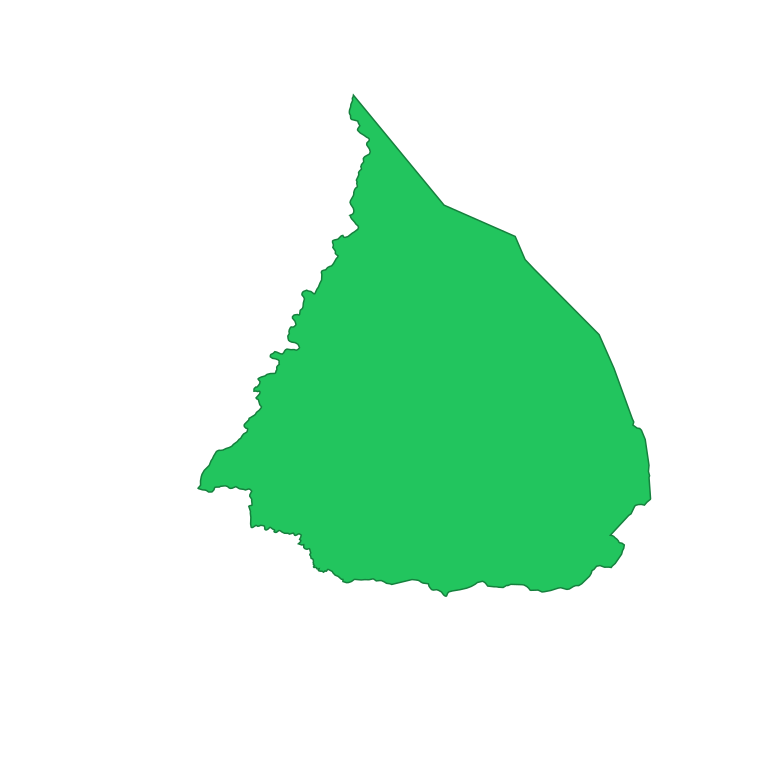 the district of Samlout, Batdâmbâng, Cambodia, rotated 62°
{"feature_id": "14789045B92123585900172", "entity_name": "Samlout", "entity_type": "district", "adm_level": 2, "iso_a3": "KHM", "parent_name": "Cambodia", "parent_adm1": "Batdâmbâng", "projection": "natural_earth1", "projection_center": [102.824, 12.565], "detail": "fine", "context": "isolated", "style": "filled", "palette": "green", "viewbox_px": 768, "rotation_deg": 62, "n_neighbors": 0, "source": "geoboundaries", "source_scale": "gbopen_adm2", "svg_char_len": 6170}
<svg xmlns="http://www.w3.org/2000/svg" viewBox="0 0 768 768"><g transform="rotate(62 384 384)"><path d="M315.3,198.9L254.3,247.0L114.6,275.4L115.9,276.4L116.8,277.8L119.0,278.7L121.5,281.9L123.8,283.5L125.9,285.8L127.7,287.0L129.0,287.5L131.3,287.5L132.3,288.1L133.9,288.7L135.1,288.5L139.5,283.7L141.3,284.1L144.7,284.1L146.1,287.0L147.2,288.1L148.4,288.0L151.3,287.1L154.8,285.0L157.9,283.5L159.6,282.3L160.6,282.1L161.4,282.3L162.2,282.9L163.0,285.7L164.1,286.7L165.1,287.0L169.5,286.5L172.5,287.1L174.1,288.9L174.2,294.0L174.5,295.1L175.2,296.4L178.4,297.7L179.7,300.9L180.7,301.7L181.0,302.3L183.7,303.0L184.4,305.5L185.1,306.9L185.5,307.3L187.0,307.8L188.1,308.8L191.0,312.7L193.1,312.9L193.8,313.8L197.0,314.7L197.6,315.6L197.6,316.4L197.9,317.5L198.9,319.0L200.7,320.8L201.9,321.4L203.2,322.5L206.4,327.5L207.7,328.7L209.8,329.0L214.5,328.6L217.0,329.3L218.5,330.5L219.1,331.5L219.3,332.5L219.1,334.9L219.7,334.6L220.4,335.1L222.8,335.1L227.5,333.9L229.3,333.8L232.4,332.7L233.7,333.0L235.0,334.3L235.8,339.0L235.9,341.3L236.9,346.6L236.3,349.6L235.4,350.6L233.5,350.6L233.2,351.8L233.2,352.5L234.4,356.3L234.4,357.1L233.6,360.0L233.4,361.5L233.6,362.3L235.0,363.0L236.8,363.2L238.1,363.8L239.4,365.1L243.8,364.5L246.0,365.7L247.6,365.2L249.2,364.4L250.2,365.2L250.9,367.3L253.9,372.0L255.1,374.8L254.7,376.9L254.7,379.2L255.8,381.8L255.1,384.4L255.1,386.0L256.0,386.9L258.2,387.5L262.9,390.3L264.8,393.1L267.7,396.5L268.8,398.7L271.8,402.7L271.5,403.5L268.0,405.1L266.3,407.2L264.9,408.2L264.5,411.5L264.7,412.6L265.4,413.7L266.5,414.5L267.1,414.6L269.4,414.1L271.5,414.3L274.6,417.2L277.6,419.1L278.6,420.1L279.1,421.0L279.6,423.4L282.9,425.8L283.2,426.8L282.0,427.8L281.1,430.2L280.9,431.4L281.7,433.3L283.0,433.9L286.8,433.1L290.2,433.8L290.7,434.6L291.2,436.7L291.0,437.7L290.1,439.1L290.1,439.9L291.7,442.2L293.1,443.3L295.0,443.9L296.5,446.4L298.7,447.3L300.6,447.7L302.1,447.1L303.7,445.8L305.8,443.0L308.5,441.3L311.9,441.4L312.4,441.7L313.1,443.6L313.0,445.6L311.4,447.2L310.0,450.1L307.6,453.3L307.6,454.9L308.3,456.5L309.3,457.8L309.8,459.7L308.7,461.2L305.5,463.7L304.2,465.2L304.9,467.3L304.8,470.0L305.4,470.9L306.6,471.6L309.0,470.4L310.8,468.0L313.0,466.1L314.0,465.8L314.7,465.9L316.2,466.9L317.5,467.2L317.8,468.9L318.3,470.2L318.9,470.9L321.1,471.9L321.5,472.8L323.3,474.6L323.3,475.6L321.4,479.5L320.6,482.7L321.0,485.4L320.2,489.1L320.1,491.5L320.3,492.7L320.8,492.9L323.7,492.3L325.5,493.8L326.9,496.9L327.0,497.8L326.5,498.6L327.0,500.6L327.5,501.2L329.3,502.2L330.2,500.2L331.2,499.4L331.9,497.3L332.9,497.2L334.3,498.4L336.2,503.5L337.3,503.4L338.4,502.4L339.4,502.4L344.0,503.4L346.6,502.9L347.3,503.6L348.5,506.2L349.2,509.9L350.4,511.8L350.7,513.1L351.0,519.2L352.3,520.4L353.9,525.6L354.6,526.8L356.1,527.3L358.3,526.6L359.0,525.7L359.6,525.4L361.7,527.1L362.1,528.1L362.2,531.4L363.1,533.5L364.7,536.1L364.8,537.8L366.0,540.8L366.6,545.3L367.4,547.3L367.5,548.8L367.4,550.6L366.8,553.8L366.7,557.2L366.0,559.2L365.1,560.7L364.9,561.7L364.9,563.6L367.7,568.3L369.5,570.6L370.5,572.6L373.8,576.5L375.9,583.3L378.3,587.1L380.1,588.9L383.4,591.5L387.3,593.5L388.7,597.1L389.3,596.9L392.1,594.1L393.8,591.6L394.8,590.7L397.0,589.6L398.3,587.1L398.5,586.3L397.5,583.6L397.0,583.4L395.9,581.9L396.0,581.1L397.7,577.7L397.6,576.4L399.4,571.9L401.0,570.3L403.1,569.5L404.0,568.7L404.7,567.1L405.1,562.9L408.5,560.9L409.3,560.0L411.1,557.4L412.5,556.1L413.2,552.6L414.3,551.6L416.5,551.1L418.8,554.4L420.0,555.2L423.7,554.9L424.8,555.6L427.9,556.8L429.0,557.5L428.9,558.4L428.5,559.2L428.5,560.8L433.8,561.7L435.4,562.7L439.3,564.2L445.0,567.5L448.0,568.5L448.7,568.1L449.0,567.3L448.7,563.3L450.4,562.2L450.9,560.4L450.7,559.6L451.5,558.3L452.8,556.6L453.9,556.5L455.5,556.9L455.9,557.4L456.9,557.2L457.5,556.7L457.7,556.0L457.7,554.6L457.0,552.1L457.3,551.6L460.2,550.2L461.3,549.2L462.0,549.4L462.6,550.3L463.2,550.3L464.0,549.6L464.5,548.5L464.0,545.6L464.8,544.5L466.8,543.6L469.1,541.9L470.8,538.8L472.1,538.0L472.9,534.6L473.3,533.9L475.5,533.9L476.1,533.4L476.3,531.9L476.2,529.8L476.6,529.0L478.6,528.0L480.3,529.6L481.6,531.5L483.0,530.8L484.2,531.9L484.9,534.6L487.6,532.1L488.1,530.3L490.8,531.6L492.5,531.0L493.8,529.6L494.2,527.4L494.8,527.1L498.8,528.0L499.6,529.4L500.1,529.7L501.3,529.5L503.8,530.2L504.8,529.2L505.7,529.0L507.4,529.5L508.6,530.5L510.0,530.6L510.3,531.1L511.8,530.7L512.4,532.1L513.0,532.0L514.4,529.8L515.6,530.0L516.2,529.5L516.6,528.0L517.8,529.4L518.4,529.2L519.3,528.2L520.2,526.6L521.8,525.7L521.3,523.7L522.1,523.2L522.2,522.6L521.3,520.9L521.7,520.1L525.2,517.7L526.8,517.7L529.8,516.9L532.3,514.8L536.4,513.3L537.3,512.0L539.1,513.0L541.8,510.4L542.6,508.7L543.0,506.4L543.1,505.2L542.6,502.2L542.8,501.5L546.3,496.1L547.7,492.8L549.8,489.1L550.8,485.5L551.3,484.7L554.2,483.3L555.6,479.9L556.4,478.5L559.1,476.5L561.1,475.4L563.3,472.4L564.6,471.3L569.8,451.1L571.8,448.1L573.3,446.1L574.5,445.1L576.5,444.2L578.1,443.0L581.2,438.6L583.8,439.2L586.8,438.8L588.1,438.3L589.1,437.2L590.3,434.1L591.8,432.7L594.6,430.9L598.1,430.4L599.5,429.8L600.5,428.9L600.4,428.1L598.7,426.2L598.0,424.3L598.8,420.8L601.3,413.4L603.1,406.7L603.7,401.9L603.6,397.6L603.1,394.8L604.4,389.7L605.3,388.9L607.3,387.9L611.1,387.3L614.6,382.2L616.0,379.7L617.3,378.1L619.6,374.3L619.4,370.4L619.6,369.8L620.1,369.4L620.4,366.1L626.0,356.3L627.1,354.8L629.8,353.0L632.2,352.1L634.5,351.8L635.1,351.2L638.3,344.7L641.8,342.1L642.7,339.9L644.6,333.7L646.0,326.0L646.8,323.6L650.9,319.3L651.3,318.7L652.0,316.6L651.7,311.9L652.0,309.4L653.4,306.7L653.2,303.2L650.2,292.8L648.6,290.1L646.4,287.9L646.3,285.7L644.7,281.9L645.7,278.5L649.2,275.4L651.2,271.5L652.7,269.5L651.9,267.9L651.0,264.1L645.8,254.1L643.1,251.6L641.7,249.5L638.9,247.4L636.3,248.6L634.8,250.5L633.9,250.9L632.8,250.7L630.4,251.2L628.2,252.2L626.4,252.7L625.1,253.6L623.8,255.2L614.9,229.6L614.6,226.8L609.6,220.0L609.3,218.6L609.9,215.9L611.2,213.2L613.2,210.9L611.8,207.3L610.9,203.0L610.4,202.5L591.0,193.9L589.7,192.6L585.4,191.6L580.2,188.2L555.6,179.4L545.7,178.4L543.3,179.1L541.8,181.2L537.1,183.5L534.8,181.3L531.4,181.1L478.2,173.6L441.4,170.9L353.1,197.5L340.4,201.0L315.3,198.9Z" fill="#22c55e" stroke="#15803d" stroke-width="1.5"/></g></svg>